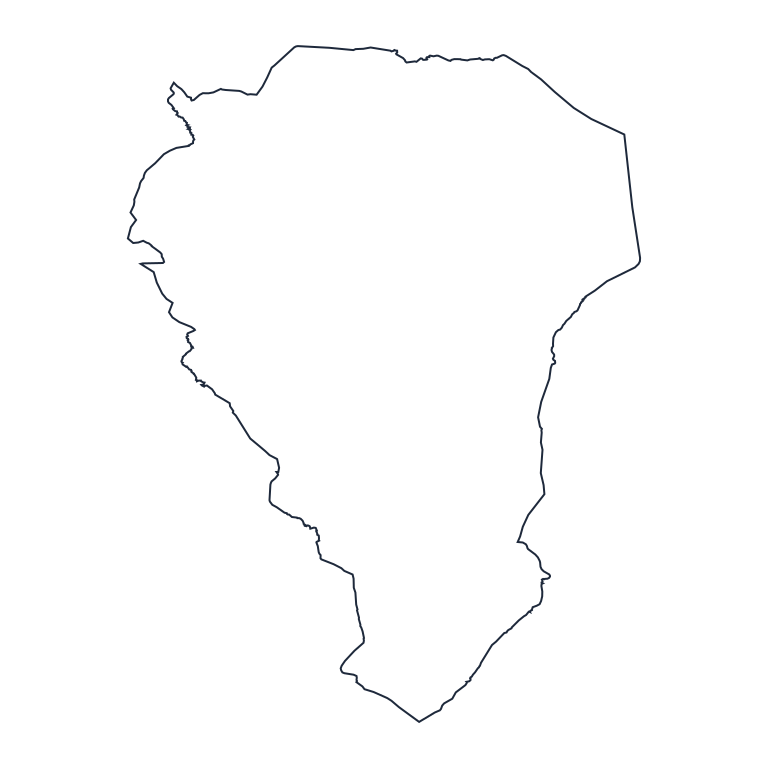 Aremark nor, Østfold, Norway (Equal Earth projection)
{"feature_id": "86288312B17022032090609", "entity_name": "Aremark nor", "entity_type": "district", "adm_level": 2, "iso_a3": "NOR", "parent_name": "Norway", "parent_adm1": "Østfold", "projection": "equal_earth", "projection_center": [11.67, 59.186], "detail": "fine", "context": "isolated", "style": "outline", "palette": "slate", "viewbox_px": 768, "rotation_deg": 0, "n_neighbors": 0, "source": "geoboundaries", "source_scale": "gbopen_adm2", "svg_char_len": 6030}
<svg xmlns="http://www.w3.org/2000/svg" viewBox="0 0 768 768"><path d="M419.1,721.9L434.8,712.5L439.9,710.3L441.0,708.9L442.2,705.6L444.1,703.4L452.3,698.7L455.8,692.4L465.4,685.1L466.7,683.1L466.9,682.1L466.6,681.8L468.9,681.4L470.4,680.3L470.6,678.9L470.1,678.4L470.4,677.5L471.8,676.6L473.0,674.6L475.0,672.4L477.9,668.2L478.9,667.4L479.3,666.3L479.9,665.9L481.0,662.8L492.0,645.0L496.1,641.6L504.3,633.0L506.5,632.5L507.5,630.8L508.4,630.0L511.5,628.3L511.8,627.4L518.8,620.4L524.0,616.2L526.1,615.0L528.6,611.9L529.0,611.6L529.9,612.0L529.6,611.4L531.6,610.3L531.4,610.1L531.9,609.7L532.7,607.2L536.8,605.7L539.6,604.2L541.1,601.0L542.2,596.3L542.3,591.5L541.4,586.0L541.6,584.0L542.8,583.4L541.8,583.0L541.6,582.4L542.4,581.8L542.6,581.2L541.9,579.6L543.1,578.9L544.4,579.2L544.8,578.9L547.5,578.7L549.2,577.8L550.0,576.5L550.0,575.8L549.3,574.5L543.7,571.3L541.6,569.2L540.5,566.8L540.1,562.3L539.6,560.7L537.9,557.4L535.3,554.5L528.1,549.1L527.5,548.2L526.9,546.0L525.9,544.3L522.8,542.5L517.7,542.0L520.1,536.5L522.8,526.8L528.3,514.9L544.4,494.2L543.6,485.1L540.8,473.1L542.5,449.8L540.9,442.5L541.7,432.7L541.4,430.1L541.9,428.9L540.0,426.7L538.1,417.3L541.2,401.9L549.3,378.9L550.8,367.9L552.0,364.5L554.7,363.6L555.2,362.9L555.0,360.9L553.5,359.9L552.9,358.8L554.2,356.1L554.1,354.5L552.0,351.9L551.5,349.9L552.0,348.3L551.8,348.0L553.1,346.2L553.0,343.7L553.4,337.5L555.9,332.2L558.4,330.0L560.1,329.6L561.8,327.7L563.0,325.1L564.4,323.8L566.3,320.9L570.9,316.9L572.2,314.3L573.9,312.9L574.4,312.0L576.4,311.3L577.5,310.4L580.0,305.0L580.0,304.1L581.0,303.0L581.0,302.4L582.7,301.2L582.6,300.4L582.9,300.2L582.4,300.1L582.4,299.6L585.6,297.4L585.4,296.7L594.9,290.6L607.0,281.2L635.0,267.4L638.6,263.9L639.9,261.3L640.1,257.9L632.3,207.2L624.3,134.5L591.3,119.0L573.7,107.9L554.8,92.0L541.1,79.4L531.2,72.1L528.2,69.0L522.3,66.0L505.9,55.9L503.7,55.1L502.1,55.3L496.9,57.8L495.6,57.8L494.2,58.5L493.7,59.7L492.8,60.3L489.3,59.2L484.9,59.4L482.9,60.0L480.1,58.9L479.9,58.3L479.3,58.1L478.2,58.8L470.1,59.5L467.4,60.4L461.0,59.6L460.6,59.2L454.3,59.1L451.4,59.9L450.5,60.9L448.3,60.4L438.4,55.8L436.8,55.6L433.5,56.3L430.0,55.6L429.2,56.1L429.3,57.1L427.1,57.1L426.5,57.6L426.4,58.3L427.2,59.3L426.9,59.6L423.7,59.9L422.9,59.7L422.0,58.6L420.7,58.4L416.5,61.8L414.8,61.4L406.6,62.5L405.3,61.4L405.1,60.4L403.1,58.1L396.5,54.4L396.1,53.8L397.2,52.4L397.1,50.7L395.2,50.5L394.6,50.0L393.9,50.3L393.6,50.8L391.4,51.4L390.5,50.7L370.6,47.5L363.3,48.8L355.6,49.1L353.4,50.1L329.4,47.8L297.9,46.1L296.1,46.4L294.3,47.3L274.4,65.5L271.7,67.6L267.2,77.5L262.5,86.6L256.6,94.7L250.5,94.2L247.5,94.6L241.3,91.5L239.2,90.9L225.8,90.0L222.0,89.5L220.9,88.9L213.4,92.4L208.4,93.3L202.8,93.2L199.6,94.9L193.8,100.0L191.6,100.5L191.1,99.6L191.0,97.7L187.3,96.6L184.3,92.3L181.4,89.1L177.2,86.2L173.8,82.7L170.6,88.3L171.0,89.7L173.7,92.5L173.8,93.5L173.5,94.2L168.9,98.0L168.0,99.4L168.0,101.4L168.7,102.8L171.4,104.9L173.8,108.2L172.7,108.7L172.9,109.2L175.2,111.1L177.0,111.4L177.0,112.1L177.7,113.0L176.5,114.7L177.4,115.0L178.6,116.6L179.7,116.5L181.1,117.5L182.6,117.6L183.8,119.3L184.2,120.8L185.3,121.0L186.1,122.4L186.9,122.8L186.6,124.6L187.8,125.0L186.7,125.5L187.6,126.0L187.5,126.9L189.6,127.3L188.4,128.5L189.9,128.5L189.9,129.2L189.0,129.4L190.1,129.8L189.6,130.2L190.4,132.0L190.2,132.6L192.1,133.3L191.3,133.4L191.3,134.7L192.7,134.9L193.3,135.5L192.8,136.8L194.3,139.5L193.5,140.2L193.1,141.2L193.0,143.2L190.5,144.3L189.8,145.1L188.8,145.3L188.8,145.9L176.4,147.9L169.9,150.7L163.9,154.2L155.2,163.2L146.8,170.3L144.9,172.9L143.9,175.7L143.6,177.9L141.1,181.1L140.0,183.4L139.2,187.4L134.2,199.5L134.4,201.8L133.8,205.4L130.5,212.5L136.1,220.0L130.9,227.1L127.9,238.5L133.2,243.0L138.3,242.5L143.2,240.8L146.7,242.7L148.7,243.3L150.9,245.0L151.8,245.9L151.7,246.2L160.3,252.5L161.7,254.2L161.8,256.7L163.1,258.7L164.1,261.9L162.9,263.0L142.8,263.4L140.7,263.9L153.7,272.1L156.8,282.6L162.2,293.6L166.5,298.9L172.6,302.9L169.0,312.2L172.4,317.4L179.3,322.1L191.1,326.9L194.3,329.1L194.9,330.0L193.3,331.0L187.7,333.3L187.2,334.5L188.0,335.9L186.5,336.9L186.8,338.3L188.1,338.8L188.4,339.8L187.7,340.4L188.3,341.7L188.2,342.1L189.9,342.9L191.1,345.2L191.1,346.1L192.5,346.6L193.0,347.8L191.5,347.9L191.4,349.2L189.7,351.2L189.0,351.3L185.9,353.7L185.9,354.3L182.8,356.9L182.9,357.6L182.4,358.5L182.5,359.0L181.4,361.2L181.7,362.1L182.5,362.6L182.2,362.8L182.6,364.4L185.4,366.3L186.6,366.5L186.4,366.9L187.7,367.4L189.2,369.4L191.1,369.9L191.6,371.0L191.3,371.4L191.5,372.0L193.9,373.6L193.8,374.1L194.5,374.6L196.3,377.7L195.9,379.9L196.8,380.1L196.9,381.3L198.7,380.6L200.8,380.6L200.8,381.0L202.9,382.3L204.5,382.6L203.6,384.6L201.4,384.9L201.8,385.4L204.1,386.6L204.6,385.9L206.9,385.5L212.1,389.3L214.9,393.4L215.2,394.6L229.7,403.2L230.1,406.4L233.3,411.0L232.8,412.6L235.8,415.5L250.2,438.5L264.9,450.8L269.5,455.1L277.1,459.1L279.1,467.8L278.3,472.0L276.5,472.0L277.9,474.0L278.1,474.8L275.2,478.4L271.6,481.4L270.9,482.9L270.4,484.6L269.5,500.2L269.9,501.6L272.3,504.8L276.7,507.2L284.5,512.7L286.8,513.2L287.1,514.1L287.8,514.5L289.2,514.6L291.9,517.0L297.0,517.6L297.3,518.1L299.1,518.1L300.7,518.8L302.6,520.7L303.6,523.0L303.6,523.8L304.9,524.7L304.3,524.8L304.7,525.8L306.5,526.2L307.2,525.5L307.9,525.4L309.3,526.0L309.8,526.4L310.3,528.7L313.9,527.6L315.7,527.9L316.9,530.7L316.2,531.1L317.3,533.7L317.2,534.7L318.7,535.5L318.8,536.0L319.0,538.3L318.8,539.9L319.2,540.6L316.6,541.9L316.4,542.5L317.8,546.1L318.7,552.1L319.3,553.6L320.6,555.1L320.5,558.3L321.4,559.4L333.6,564.2L341.4,568.2L344.3,570.9L352.6,574.5L353.6,578.7L353.8,587.8L355.4,592.5L356.2,604.6L357.5,609.5L357.0,610.3L359.0,617.7L358.8,619.0L360.4,624.6L360.3,626.1L361.2,627.4L362.6,631.4L364.0,638.1L363.6,638.7L363.9,640.6L363.5,642.8L354.5,650.7L345.0,660.9L341.7,665.7L340.7,668.4L341.2,670.4L342.4,672.4L344.3,673.2L353.6,674.7L356.5,676.0L356.8,677.8L356.5,680.0L357.0,681.0L356.4,682.1L362.4,686.4L364.5,689.2L373.6,692.0L387.3,698.1L391.5,700.8L398.9,707.1L419.1,721.9Z" fill="none" stroke="#1e293b" stroke-width="2"/></svg>